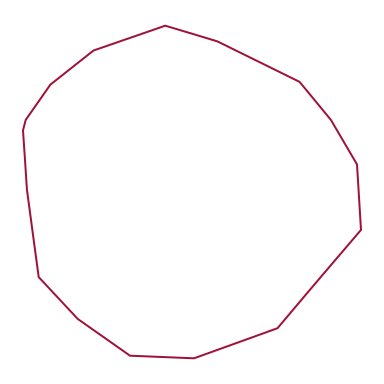 Naftalan City, Goranboy, Azerbaijan (orthographic projection)
{"feature_id": "54616110B32389340464615", "entity_name": "Naftalan City", "entity_type": "district", "adm_level": 2, "iso_a3": "AZE", "parent_name": "Azerbaijan", "parent_adm1": "Goranboy", "projection": "orthographic", "projection_center": [46.798, 40.447], "detail": "fine", "context": "isolated", "style": "outline", "palette": "rose", "viewbox_px": 384, "rotation_deg": 0, "n_neighbors": 0, "source": "geoboundaries", "source_scale": "gbopen_adm2", "svg_char_len": 375}
<svg xmlns="http://www.w3.org/2000/svg" viewBox="0 0 384 384"><path d="M169.3,26.9L165.2,25.7L93.5,50.5L50.4,84.6L25.7,119.9L23.0,130.4L25.2,162.9L26.9,189.3L32.9,234.1L38.7,277.1L77.8,319.0L130.0,355.7L194.0,358.3L277.5,328.2L306.6,293.7L321.8,275.8L361.0,229.9L357.0,164.4L330.9,119.9L299.6,81.9L217.4,41.4L169.3,26.9Z" fill="none" stroke="#9f1239" stroke-width="2"/></svg>